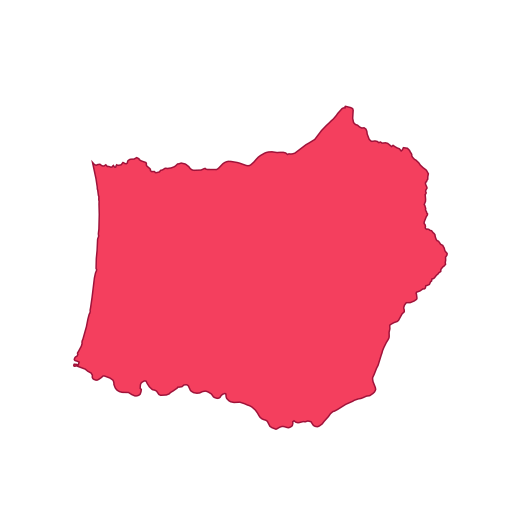 Uatucarbau, Viqueque, East Timor (Mercator projection), rotated 107°
{"feature_id": "22284137B52677210689185", "entity_name": "Uatucarbau", "entity_type": "district", "adm_level": 2, "iso_a3": "TLS", "parent_name": "East Timor", "parent_adm1": "Viqueque", "projection": "mercator", "projection_center": [126.683, -8.704], "detail": "fine", "context": "isolated", "style": "filled", "palette": "rose", "viewbox_px": 512, "rotation_deg": 107, "n_neighbors": 0, "source": "geoboundaries", "source_scale": "gbopen_adm2", "svg_char_len": 6087}
<svg xmlns="http://www.w3.org/2000/svg" viewBox="0 0 512 512"><g transform="rotate(107 256 256)"><path d="M86.7,214.2L87.0,214.5L88.2,214.1L88.9,215.8L89.9,216.8L95.7,219.5L98.2,220.3L102.4,222.1L104.8,223.6L107.3,224.9L110.5,226.8L116.8,230.0L127.4,233.9L132.5,238.4L134.9,240.7L146.3,248.9L147.8,251.2L148.4,252.8L148.7,254.4L149.7,255.5L148.8,257.8L148.9,260.2L150.1,264.0L150.9,266.0L151.7,271.2L152.2,272.6L152.9,274.5L154.0,276.4L155.1,277.8L158.6,281.1L160.8,282.7L163.4,284.0L166.8,285.5L170.3,287.6L171.5,288.8L172.1,290.3L172.3,291.9L172.0,299.1L172.1,301.4L172.9,307.6L173.6,310.2L174.6,311.9L176.0,313.5L177.6,314.7L182.7,317.3L184.1,318.2L184.9,319.1L187.5,327.8L187.6,329.3L187.1,330.3L187.7,331.2L189.9,333.7L192.1,340.1L192.4,341.5L192.2,342.9L191.6,344.5L190.0,346.7L189.7,347.9L189.1,349.1L188.7,350.8L189.0,354.7L190.4,356.7L190.9,357.9L193.4,359.3L194.6,360.3L196.6,362.9L198.3,366.5L198.4,367.9L198.9,368.8L200.6,370.2L201.3,371.0L202.0,372.3L203.8,372.9L205.4,375.5L205.7,376.6L204.9,377.8L205.8,380.5L205.2,381.9L203.9,382.4L203.3,383.4L201.9,386.7L201.0,387.5L199.7,387.8L198.8,388.6L198.6,393.5L198.0,395.8L197.2,396.4L196.8,398.9L199.0,401.0L200.0,403.9L200.7,405.1L202.3,406.3L203.3,406.4L204.6,406.2L205.8,407.1L205.9,408.9L205.5,409.7L205.5,410.6L208.2,411.6L209.4,413.8L209.7,414.9L209.5,415.9L210.8,416.2L211.8,416.1L212.4,416.8L212.0,417.9L211.1,418.8L211.8,419.3L213.1,419.8L213.5,420.8L213.4,422.2L213.5,423.3L213.9,424.3L212.7,426.3L214.2,427.5L214.7,428.6L214.7,429.9L213.9,432.1L214.9,434.2L215.9,435.3L215.9,437.1L214.3,439.7L228.9,431.6L236.4,428.0L238.4,427.3L239.1,426.7L244.0,424.5L245.2,423.6L247.8,422.9L248.8,422.5L249.3,422.1L252.3,421.3L262.2,418.0L276.2,414.1L280.6,413.3L282.0,412.8L282.5,412.4L283.9,412.2L285.3,412.4L286.6,412.3L297.1,409.6L305.0,408.0L314.7,405.3L315.4,404.5L317.3,404.2L318.2,404.5L319.5,404.5L324.3,404.1L343.9,400.6L353.6,399.1L356.3,398.8L357.5,398.3L359.1,398.2L360.5,398.5L365.5,398.3L373.2,397.5L386.2,397.2L388.1,397.4L389.4,397.2L390.6,396.7L391.6,396.7L393.3,396.7L398.9,397.8L400.8,398.3L401.4,398.2L402.2,397.6L403.1,397.7L404.3,398.0L405.2,399.0L406.0,399.4L407.9,399.6L408.7,399.0L408.9,398.4L408.9,396.3L409.2,394.1L412.5,394.2L412.1,395.7L412.6,398.2L413.7,398.4L414.5,397.8L414.5,397.3L414.3,396.8L413.3,395.5L413.3,395.2L413.6,395.1L414.1,386.3L415.4,383.1L416.1,379.6L417.7,377.7L419.9,377.1L421.0,376.1L421.4,375.0L421.5,372.7L421.0,371.4L419.8,370.2L417.5,368.4L415.5,367.2L415.1,366.3L415.1,364.9L415.4,360.0L416.5,356.6L417.3,355.8L418.9,354.8L420.4,354.3L422.5,352.7L423.7,351.6L425.0,349.5L425.6,346.9L425.5,344.1L423.8,338.0L424.8,334.4L425.2,331.0L424.8,329.5L424.0,328.1L423.1,327.1L422.0,326.4L419.4,326.3L417.1,326.7L416.4,328.1L412.9,328.9L411.3,328.8L409.9,328.0L408.5,326.7L407.9,325.8L407.9,324.4L409.7,322.8L412.3,319.7L413.9,316.5L414.1,315.4L413.9,314.0L414.1,312.2L414.5,311.3L416.8,308.4L417.1,306.5L415.1,301.1L413.2,298.7L412.3,298.3L410.9,297.3L409.4,295.9L405.3,292.7L404.3,292.4L403.8,291.0L402.6,288.6L400.4,287.2L399.7,285.6L399.4,284.6L399.6,283.5L400.0,282.7L403.6,279.5L404.2,278.5L404.9,275.7L404.5,272.4L403.4,269.8L401.6,267.9L400.7,266.4L400.0,264.9L399.9,263.6L400.1,261.6L401.0,258.3L403.2,255.4L403.5,253.8L403.5,252.2L403.3,250.9L402.5,249.7L401.7,249.1L399.5,248.5L397.8,247.3L396.6,245.6L396.6,244.7L397.6,244.1L399.4,243.4L400.8,242.4L402.3,239.7L402.8,237.7L402.5,234.2L400.5,228.7L400.6,223.8L401.0,220.6L401.0,219.1L401.2,217.3L401.7,215.5L403.5,211.6L405.7,208.7L407.7,206.6L409.1,204.9L410.0,202.7L410.2,200.9L410.2,198.5L410.8,196.8L414.8,192.9L415.5,190.6L415.8,186.3L415.2,185.5L412.9,183.4L411.7,181.8L411.1,180.5L410.9,178.7L410.9,175.9L410.7,174.6L409.8,173.4L408.4,172.1L407.5,171.7L405.4,171.8L403.8,172.4L402.5,171.5L403.3,169.3L403.2,167.2L402.8,166.2L400.5,162.4L400.2,160.5L398.6,158.2L398.4,155.0L401.0,151.9L401.4,151.0L401.6,149.7L401.5,148.5L401.2,147.1L400.0,145.7L397.2,143.6L394.2,142.5L388.4,139.8L385.0,138.7L382.3,137.0L381.4,135.6L378.9,133.1L371.6,126.8L366.6,121.0L365.3,119.9L362.8,116.5L361.6,114.1L360.4,112.5L357.7,109.4L356.3,106.4L353.3,104.0L351.5,103.0L349.8,102.6L348.5,102.6L346.8,103.5L341.9,107.4L339.4,108.6L338.1,108.9L334.6,108.4L328.1,107.9L324.8,107.3L314.0,107.3L312.1,107.2L309.5,107.3L306.2,107.0L300.7,106.1L297.3,105.2L295.4,104.9L293.7,105.2L290.1,106.4L286.5,106.7L283.1,107.9L281.6,106.8L279.2,104.4L277.4,101.9L275.9,100.9L268.7,99.4L266.0,97.9L264.2,98.5L262.9,99.4L261.7,99.7L259.4,99.6L256.7,98.6L255.5,94.9L252.8,91.6L250.5,89.8L249.6,89.7L248.7,90.0L245.6,91.4L244.8,92.0L243.7,91.9L241.4,88.9L238.8,86.9L238.1,85.2L237.1,84.7L234.7,84.9L234.1,83.7L232.5,81.9L229.5,81.5L228.7,80.8L226.4,81.0L225.9,79.9L224.8,79.0L221.6,77.8L220.0,76.7L218.7,76.3L216.8,74.8L214.8,75.3L211.9,74.2L210.8,73.3L208.6,72.3L206.9,73.1L204.5,73.4L201.7,74.4L199.6,73.7L198.0,73.8L197.2,74.6L196.5,75.9L195.6,77.0L193.6,78.2L192.8,78.9L192.2,79.7L191.3,80.4L190.8,82.9L188.5,85.8L188.4,87.3L187.5,88.5L185.5,90.0L183.2,91.2L182.3,92.5L181.9,93.5L180.5,95.5L180.6,97.4L180.1,98.2L180.0,99.6L180.6,100.5L180.1,101.9L179.3,102.5L178.1,102.6L176.6,103.5L175.8,104.7L174.3,105.1L168.9,104.7L166.6,104.1L165.5,104.3L165.1,105.2L164.1,105.7L162.8,107.0L162.0,107.5L161.0,107.6L158.4,109.3L157.6,110.2L154.2,109.9L152.2,110.4L147.7,112.2L146.9,111.8L145.9,111.7L145.1,112.5L143.4,112.9L141.0,112.3L140.2,112.8L138.1,114.6L137.0,115.2L135.9,115.4L135.2,114.7L133.2,114.6L132.4,114.2L130.0,114.9L127.0,115.2L124.4,117.9L123.9,118.7L122.7,122.1L121.0,125.5L119.3,127.6L117.5,131.2L117.3,132.6L116.5,134.0L115.7,135.3L114.7,136.3L113.5,136.7L112.6,137.4L111.5,138.8L110.1,140.1L108.7,142.7L109.3,146.7L111.6,147.0L113.1,147.9L111.5,150.3L111.4,152.5L110.8,155.2L110.1,157.3L111.7,158.3L109.8,163.0L109.9,165.3L111.2,168.4L110.6,170.3L111.7,171.7L111.0,173.5L111.2,175.9L112.2,177.9L112.6,179.3L111.4,181.8L106.9,185.3L104.3,186.5L102.5,188.0L101.8,190.1L102.7,192.3L102.3,194.7L101.2,197.2L101.2,199.3L99.9,201.7L96.1,203.8L88.2,205.7L86.8,206.7L86.4,208.8L86.7,214.2Z" fill="#f43f5e" stroke="#9f1239" stroke-width="1.5"/></g></svg>